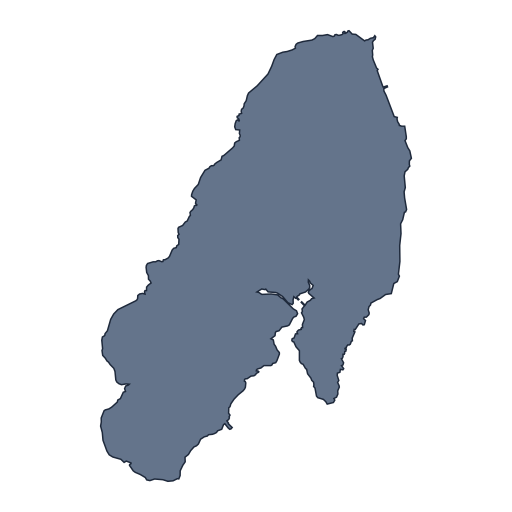 the district of Maap, Federated States of Micronesia
{"feature_id": "79324940B26279629748947", "entity_name": "Maap", "entity_type": "district", "adm_level": 2, "iso_a3": "FSM", "parent_name": "Federated States of Micronesia", "parent_adm1": "", "projection": "orthographic", "projection_center": [138.163, 9.592], "detail": "fine", "context": "isolated", "style": "filled", "palette": "slate", "viewbox_px": 512, "rotation_deg": 0, "n_neighbors": 0, "source": "geoboundaries", "source_scale": "gbopen_adm2", "svg_char_len": 6068}
<svg xmlns="http://www.w3.org/2000/svg" viewBox="0 0 512 512"><path d="M407.8,147.7L405.0,140.6L406.3,138.8L406.3,136.7L404.7,126.2L401.1,126.2L400.7,125.7L399.4,125.5L399.1,124.1L397.6,121.7L397.0,118.9L397.3,117.4L394.2,116.6L386.1,95.3L383.9,91.0L383.8,88.6L387.5,86.9L387.1,85.8L383.2,87.1L382.6,85.9L377.2,70.6L378.0,69.3L376.6,68.1L373.3,60.1L372.4,56.8L372.7,54.9L372.3,50.4L373.2,48.3L372.5,42.2L373.5,40.6L375.1,39.3L375.7,36.9L374.8,35.7L373.4,37.7L370.4,38.3L368.0,39.8L366.1,40.0L364.6,40.9L355.8,34.4L352.2,34.1L349.0,30.7L348.0,30.9L347.4,32.2L345.4,33.4L344.8,33.4L345.1,32.1L344.5,31.5L343.6,31.6L342.7,32.4L343.1,33.6L342.0,34.6L339.4,35.3L338.0,35.3L336.6,34.5L335.0,34.7L334.3,36.1L332.9,36.6L327.5,34.6L322.5,35.5L317.5,35.5L314.8,38.6L311.9,40.1L303.1,41.5L297.8,43.0L296.1,44.3L295.1,46.6L295.4,48.2L292.2,49.9L287.2,51.5L282.8,52.2L276.8,54.5L274.1,59.6L271.7,66.2L268.0,74.0L257.1,85.9L248.6,93.0L247.4,95.6L246.2,100.7L244.2,103.8L244.0,105.9L243.2,108.0L241.6,109.3L241.2,111.1L241.6,113.4L239.1,114.1L239.0,115.5L237.1,116.4L237.2,117.7L238.7,118.8L239.3,120.5L239.0,121.0L237.5,119.9L236.3,120.6L235.2,123.5L234.7,126.8L235.7,129.6L239.7,130.0L239.4,133.5L240.2,135.3L240.1,136.7L239.2,137.7L239.4,140.3L236.3,141.7L234.7,143.0L234.2,146.1L232.6,147.9L223.8,155.5L222.0,156.3L221.1,159.9L216.7,162.5L214.7,164.1L214.1,165.2L213.2,165.7L211.4,165.7L209.9,166.7L209.0,168.2L205.0,170.3L200.6,177.5L198.3,184.4L194.5,188.4L192.8,191.2L191.6,194.7L191.5,196.3L196.2,199.9L195.5,203.3L196.9,204.9L196.6,205.4L195.4,205.3L194.3,206.0L193.9,207.7L192.7,209.6L190.7,211.4L190.0,212.5L190.4,215.4L189.3,216.5L187.2,221.0L185.3,222.0L182.6,225.5L178.6,227.3L178.0,228.5L178.2,232.5L179.0,234.3L177.7,235.6L177.8,237.6L179.0,239.3L178.7,244.4L176.7,245.9L176.3,247.6L173.7,248.3L172.2,250.0L169.5,256.4L168.0,258.1L165.0,259.7L163.4,259.8L162.9,261.5L161.7,261.7L158.9,260.6L157.4,260.8L155.7,261.8L153.2,261.8L147.6,263.5L146.4,265.4L146.1,267.3L146.7,272.5L148.4,275.6L148.5,279.2L150.2,281.0L151.1,283.0L148.4,285.0L146.6,287.1L146.5,290.6L145.0,290.6L144.5,291.8L145.0,294.1L142.6,293.4L139.6,294.0L137.8,295.5L137.6,298.6L137.0,299.8L135.8,300.8L117.9,309.6L113.7,314.0L110.7,319.3L107.4,330.8L105.1,333.6L104.7,335.6L102.4,337.0L101.8,340.2L102.6,348.7L102.0,350.5L102.7,355.4L105.3,358.2L107.0,361.0L108.5,362.1L110.1,364.5L113.8,368.3L115.0,371.5L115.8,379.9L116.8,382.0L118.9,383.7L121.5,384.7L126.0,383.9L129.3,384.2L128.2,385.2L125.7,386.0L124.6,388.6L125.5,391.5L123.3,392.2L120.4,398.6L117.8,400.0L117.3,402.1L111.6,407.2L108.9,408.9L105.3,409.9L104.1,410.7L101.2,418.0L101.3,422.0L100.6,426.1L102.3,432.5L103.0,440.3L106.9,451.0L109.2,454.8L112.8,457.0L120.9,459.3L124.1,462.4L126.3,461.1L131.0,462.9L131.0,463.7L129.6,464.6L129.5,465.4L133.2,470.8L135.2,472.3L140.3,474.5L145.3,477.5L146.7,479.9L149.9,480.6L154.6,479.0L162.9,479.7L167.9,481.3L173.1,480.8L177.3,478.7L178.8,478.9L180.1,475.6L180.2,470.8L182.8,465.3L185.2,461.8L185.0,457.2L188.4,454.5L190.7,450.6L194.0,446.9L196.5,445.8L198.4,444.0L200.6,439.2L204.3,436.8L207.4,436.0L208.5,434.7L212.4,434.3L214.4,433.6L216.5,432.5L217.6,430.8L221.7,429.3L223.5,424.7L224.8,423.7L228.2,428.0L229.7,429.3L231.0,428.9L232.2,427.5L228.3,423.7L228.5,423.1L226.9,420.9L228.7,419.5L229.4,417.9L229.1,416.9L230.0,415.1L228.6,413.2L228.8,407.7L230.0,406.7L230.8,403.9L234.0,399.2L238.3,394.7L243.2,390.7L244.7,388.8L245.4,387.2L245.8,382.9L245.3,381.6L244.4,381.2L244.6,379.4L245.5,378.8L247.2,378.7L251.0,376.1L253.9,375.8L255.6,374.7L256.3,373.4L258.6,372.2L258.8,371.6L258.0,371.0L256.3,370.9L256.5,369.9L257.4,369.0L260.9,368.0L263.9,365.6L270.8,365.6L272.0,364.9L272.6,363.5L275.7,362.7L276.9,360.7L279.4,354.0L279.3,352.5L277.1,349.9L275.6,346.3L274.1,344.2L273.3,339.9L270.9,338.8L275.0,335.7L275.4,332.5L276.2,331.5L279.0,330.8L281.9,327.1L287.6,325.9L289.3,324.9L292.7,318.3L294.1,316.9L296.0,316.3L297.6,313.7L296.5,310.8L293.3,308.9L283.1,298.8L281.1,297.9L277.6,294.9L271.1,294.0L261.8,294.4L258.9,292.5L256.9,292.0L261.7,289.0L265.0,289.6L265.8,289.1L268.1,291.9L275.8,292.5L277.5,293.1L282.6,296.5L287.9,302.7L292.1,304.6L293.2,303.3L293.1,299.8L293.8,296.7L295.7,298.3L296.3,298.0L298.2,299.9L298.9,299.3L296.8,297.1L297.0,296.5L299.4,294.9L299.8,293.9L305.5,292.0L308.9,289.0L309.7,287.5L309.7,285.5L308.3,282.2L308.4,279.9L309.6,281.1L310.4,283.0L313.2,285.4L312.0,288.6L310.8,289.1L308.8,291.1L308.3,292.3L308.9,293.5L314.1,298.0L311.6,298.7L310.4,300.3L307.2,302.0L305.1,305.2L301.7,301.8L301.2,302.4L304.5,305.8L302.0,309.0L302.4,311.4L301.5,312.8L303.8,317.4L304.3,319.7L302.4,324.5L302.6,327.6L301.5,327.7L301.0,328.6L301.2,329.4L298.6,330.0L297.5,331.1L296.9,332.0L297.6,333.7L295.5,333.9L294.1,337.9L292.2,338.7L291.8,340.2L292.4,341.5L293.8,341.9L296.0,346.8L299.4,350.7L299.4,360.4L300.2,362.2L301.4,363.6L303.1,364.3L305.6,368.6L306.6,369.2L307.6,373.8L310.9,378.1L311.7,380.3L313.6,382.2L313.9,385.1L313.6,386.4L315.0,388.1L316.5,396.1L317.8,397.7L323.4,399.4L325.8,401.7L327.2,404.1L333.4,402.5L334.8,400.1L333.9,398.5L336.5,397.2L337.9,394.0L337.7,390.9L339.3,387.1L339.1,385.7L337.6,382.4L338.8,380.5L337.2,375.4L337.4,373.1L339.9,372.3L340.4,369.4L342.9,369.8L343.7,368.7L341.5,365.6L342.9,365.0L343.6,362.8L341.4,358.7L342.3,358.3L343.0,356.7L343.0,354.3L344.2,354.3L344.6,353.5L344.7,351.4L345.8,351.2L346.2,349.5L344.9,348.8L345.3,348.0L346.3,347.9L346.4,346.8L347.8,344.9L349.1,345.0L350.3,344.2L351.3,341.4L352.4,340.8L352.2,338.1L354.9,331.9L353.8,331.5L354.2,329.4L355.2,329.6L358.9,323.9L361.5,323.5L363.0,325.0L364.3,324.7L365.5,320.5L363.6,318.7L364.2,317.2L366.4,317.1L368.9,314.6L369.2,313.0L368.2,309.8L369.0,306.6L370.5,305.0L370.9,303.1L377.2,299.6L380.1,298.5L385.6,294.5L391.3,293.6L393.8,283.5L397.3,281.6L399.4,276.1L398.4,274.2L399.9,261.5L399.7,245.4L401.0,233.7L400.6,223.8L402.7,219.7L404.4,212.3L405.6,211.9L406.6,209.5L404.6,197.9L404.1,191.8L405.3,187.6L404.2,175.9L405.0,171.8L407.7,169.4L408.4,167.6L409.8,166.1L409.3,164.4L409.4,160.9L411.4,158.3L409.8,150.9L407.8,147.7Z" fill="#64748b" stroke="#1e293b" stroke-width="1.5"/></svg>